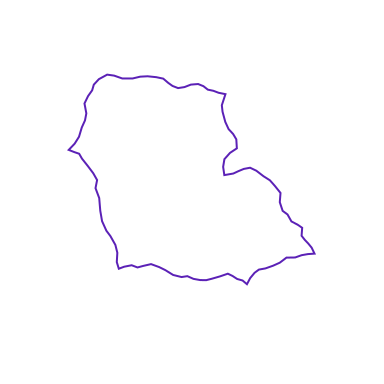 Bady Bassitt, São Paulo, Brazil, rotated 28°
{"feature_id": "56859067B36887115252517", "entity_name": "Bady Bassitt", "entity_type": "district", "adm_level": 2, "iso_a3": "BRA", "parent_name": "Brazil", "parent_adm1": "São Paulo", "projection": "robinson", "projection_center": [-49.43, -20.932], "detail": "fine", "context": "isolated", "style": "outline", "palette": "violet", "viewbox_px": 384, "rotation_deg": 28, "n_neighbors": 0, "source": "geoboundaries", "source_scale": "gbopen_adm2", "svg_char_len": 1432}
<svg xmlns="http://www.w3.org/2000/svg" viewBox="0 0 384 384"><g transform="rotate(28 192 192)"><path d="M329.1,188.9L323.8,185.0L318.8,182.9L314.0,181.3L309.3,179.2L306.1,171.9L300.9,171.3L293.6,171.3L286.9,167.0L280.9,166.1L274.3,159.8L270.6,151.3L262.5,147.8L255.3,145.1L247.7,144.5L238.8,143.0L231.9,143.3L226.9,147.3L223.2,151.8L219.8,156.3L212.6,161.9L207.7,155.2L205.2,147.8L207.2,139.6L211.1,132.4L206.4,124.7L201.1,121.5L194.8,119.3L188.5,114.5L181.3,106.8L177.6,101.4L175.6,89.9L168.9,91.9L163.4,92.6L157.9,94.2L152.4,93.2L146.7,93.8L140.6,97.7L136.1,102.9L130.9,106.8L125.0,107.5L119.7,106.8L113.4,105.4L106.5,107.4L98.4,110.7L92.1,114.5L86.3,119.6L77.1,124.5L68.6,125.8L62.0,128.2L56.8,136.1L54.9,143.3L56.1,149.1L55.2,156.1L55.5,164.3L61.8,172.2L63.9,179.0L64.4,186.8L66.3,196.3L65.7,204.4L63.4,212.7L69.5,212.0L74.4,211.2L79.2,214.2L88.1,218.1L96.0,221.8L102.6,226.0L105.0,233.9L112.9,240.9L119.8,251.6L126.3,260.0L134.6,266.4L140.6,269.2L149.2,274.7L154.6,280.7L158.5,289.2L163.4,294.1L167.2,289.8L173.1,285.0L179.3,284.2L183.7,280.1L189.7,274.9L198.3,273.7L205.0,273.5L214.3,274.1L222.7,272.0L227.4,268.5L234.1,268.0L240.6,265.9L245.9,263.2L250.1,259.4L256.3,253.4L262.0,247.3L267.2,247.1L272.7,247.6L278.2,246.4L283.8,247.6L283.8,240.7L285.2,233.9L287.5,229.1L292.7,225.0L298.2,219.0L302.7,213.2L306.2,205.6L313.8,201.4L318.5,196.3L323.5,192.4L329.1,188.9Z" fill="none" stroke="#5b21b6" stroke-width="2"/></g></svg>